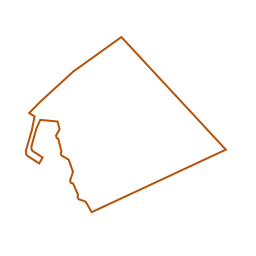 the district of 7, Ad Dawhah, Qatar, rotated 189°
{"feature_id": "91078587B12539996095468", "entity_name": "7", "entity_type": "district", "adm_level": 2, "iso_a3": "QAT", "parent_name": "Qatar", "parent_adm1": "Ad Dawhah", "projection": "natural_earth1", "projection_center": [51.551, 25.287], "detail": "fine", "context": "isolated", "style": "outline", "palette": "amber", "viewbox_px": 256, "rotation_deg": 189, "n_neighbors": 0, "source": "geoboundaries", "source_scale": "gbopen_adm2", "svg_char_len": 597}
<svg xmlns="http://www.w3.org/2000/svg" viewBox="0 0 256 256"><g transform="rotate(189 128 128)"><path d="M28.0,121.9L148.8,216.8L190.8,175.3L218.3,140.8L228.0,127.3L222.1,124.9L222.6,111.1L225.3,89.4L224.7,86.7L223.2,84.9L210.2,79.1L207.7,85.5L217.6,89.9L219.2,90.8L220.2,92.6L220.4,94.4L220.3,96.8L218.4,113.1L215.9,122.3L198.6,123.4L195.4,116.2L197.9,109.2L196.9,106.9L195.2,106.4L190.0,94.2L190.5,92.6L189.6,90.5L181.7,87.5L175.5,76.2L177.0,66.8L175.7,64.8L173.6,64.6L166.9,54.2L167.1,51.9L165.8,50.0L158.3,48.6L150.7,39.2L28.0,121.9Z" fill="none" stroke="#b45309" stroke-width="2"/></g></svg>